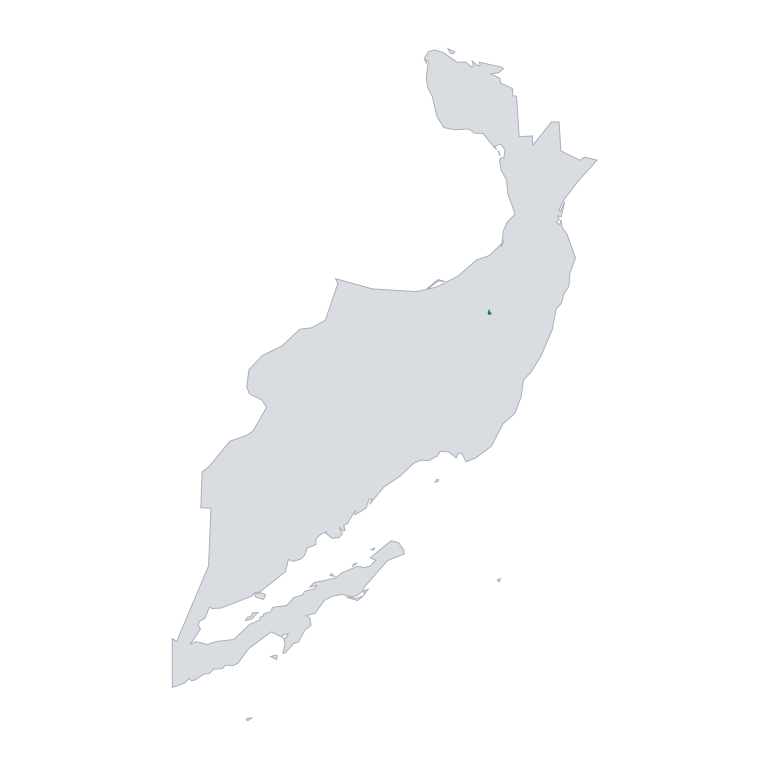 Chicoloapan, México, Mexico shown in context, rotated 269°
{"feature_id": "50627088B10015093996053", "entity_name": "Chicoloapan", "entity_type": "district", "adm_level": 2, "iso_a3": "MEX", "parent_name": "Mexico", "parent_adm1": "México", "projection": "albers", "projection_center": [-98.886, 19.397], "detail": "fine", "context": "in_parent", "style": "filled", "palette": "green", "viewbox_px": 768, "rotation_deg": 269, "n_neighbors": 0, "source": "geoboundaries", "source_scale": "gbopen_adm2", "svg_char_len": 4469}
<svg xmlns="http://www.w3.org/2000/svg" viewBox="0 0 768 768"><g transform="rotate(269 384 384)"><path d="M84.3,167.1L133.1,167.8L130.4,172.3L205.2,205.4L262.8,208.9L263.5,198.7L299.2,200.6L305.1,208.2L329.5,228.9L335.0,245.8L339.4,252.4L362.7,266.2L370.3,261.5L376.4,249.3L383.5,246.7L400.6,249.2L414.6,263.0L423.9,282.8L440.3,300.9L441.3,312.2L448.6,326.4L485.2,339.6L490.1,337.4L479.3,374.0L475.8,417.9L477.6,427.3L487.4,439.8L485.5,446.7L486.0,439.8L477.8,429.1L480.4,439.0L490.4,459.6L506.7,479.2L510.5,491.4L522.0,503.8L518.9,503.5L525.4,506.4L523.3,504.6L535.2,506.0L543.8,510.1L551.5,518.1L571.5,511.3L586.2,510.0L595.9,504.8L606.2,503.4L608.3,505.2L607.7,507.8L616.1,509.1L621.7,504.9L619.9,498.6L617.2,500.2L617.9,498.9L632.7,487.4L633.3,478.6L637.5,473.3L637.0,459.1L639.3,448.3L650.6,441.6L670.9,437.2L679.6,433.0L689.5,431.6L706.2,434.2L707.4,431.8L703.1,432.0L708.6,430.0L715.5,434.2L717.1,440.4L714.3,449.1L704.4,462.8L704.5,471.4L699.4,477.0L700.5,478.9L705.3,477.9L700.5,483.6L700.7,485.8L704.1,484.9L698.8,507.0L697.2,509.0L693.4,504.4L692.1,496.3L687.8,505.0L682.8,505.9L677.2,517.5L669.9,517.8L669.5,521.5L628.9,523.5L629.4,536.6L620.1,537.0L643.2,556.1L642.9,563.6L614.0,564.9L604.2,583.9L607.3,588.4L604.1,600.9L582.3,580.6L565.0,567.0L554.6,561.9L553.4,563.3L563.1,567.9L548.2,564.0L549.1,560.6L545.2,562.1L542.7,559.1L540.1,562.4L545.1,563.9L537.6,564.8L530.2,569.7L506.8,577.6L491.6,571.8L478.7,570.6L470.1,565.0L461.5,562.8L456.1,557.4L435.3,553.1L409.5,541.6L392.9,530.9L385.9,523.6L368.6,520.8L352.3,514.3L342.2,502.3L319.9,490.3L308.5,474.3L304.8,464.6L313.9,460.4L312.6,456.3L308.7,454.9L314.9,447.8L315.8,439.2L311.1,436.0L306.7,427.2L307.1,419.3L304.2,412.2L291.6,398.4L280.9,382.0L263.9,367.4L268.8,370.2L269.3,367.2L260.1,363.8L253.7,352.6L258.5,353.2L245.2,345.1L243.5,341.4L238.3,342.5L237.6,340.8L241.7,336.8L234.9,339.7L231.1,336.3L230.7,329.2L235.8,323.2L237.5,324.5L234.5,317.8L230.5,313.4L224.7,313.2L221.3,304.3L214.5,301.9L210.5,298.0L208.2,290.1L210.3,285.4L198.1,282.2L178.3,256.4L177.5,250.6L174.4,248.5L162.9,217.6L162.4,208.5L164.1,205.6L152.7,200.8L150.3,195.8L146.6,193.8L142.3,196.2L127.2,185.9L129.6,191.9L126.7,202.8L129.5,212.1L131.1,229.3L146.1,245.7L150.5,256.3L153.0,256.0L154.0,259.2L156.3,259.7L158.1,266.5L162.6,268.9L164.3,282.9L172.2,290.5L174.4,298.5L178.2,301.3L180.4,310.7L183.7,313.3L182.2,306.2L186.6,310.5L190.9,332.2L195.9,338.7L202.3,354.4L200.8,360.8L202.0,366.7L207.9,372.7L210.5,367.2L227.2,388.4L225.1,395.8L217.7,400.9L213.8,401.3L207.2,384.2L180.6,360.2L178.0,360.3L172.8,353.0L172.0,348.2L174.3,338.0L172.5,328.0L168.8,320.7L156.0,311.0L153.8,302.4L151.1,305.8L144.1,306.8L139.5,300.7L127.4,293.8L125.9,288.7L117.1,280.9L116.4,278.3L126.0,280.6L131.8,279.0L131.5,281.3L136.2,284.0L134.8,278.2L132.6,277.7L138.1,266.8L121.7,243.9L107.4,233.2L105.1,228.3L105.7,220.4L102.3,217.5L101.8,208.5L97.4,204.3L97.2,198.9L91.4,190.0L90.6,186.1L92.9,183.6L88.6,179.8L84.3,167.1ZM177.4,256.6L175.5,261.9L170.7,259.8L173.2,251.7L176.2,251.1L177.4,256.6ZM157.8,254.0L151.3,247.6L149.9,241.3L153.3,243.6L153.9,247.1L157.4,248.2L157.8,254.0ZM714.8,460.4L712.9,458.7L713.6,456.1L718.2,453.7L714.8,460.4ZM172.6,359.8L167.9,353.8L171.7,342.5L170.2,352.7L172.6,359.8ZM114.1,272.8L110.4,271.7L113.5,265.9L114.8,270.5L114.1,272.8ZM52.6,246.3L49.8,242.0L50.7,240.4L51.8,240.6L52.6,246.3ZM176.8,360.3L179.6,365.0L173.5,360.2L176.8,360.3ZM287.8,435.3L287.1,437.1L285.5,436.3L285.0,433.1L287.8,435.3ZM204.5,350.5L205.4,354.1L202.3,349.5L204.5,350.5ZM193.7,326.5L195.4,328.2L192.4,331.2L193.7,326.5ZM187.5,496.6L186.1,497.0L184.2,495.5L186.0,493.7L187.5,496.6ZM613.2,503.3L609.7,504.2L615.8,502.0L613.2,503.3ZM220.2,371.6L218.4,371.1L218.4,367.7L220.2,371.6Z" fill="#d9dde1" stroke="#a8b0b8" stroke-width="1"/><path d="M455.2,490.4L454.9,490.3L454.7,490.2L454.4,490.1L454.2,490.1L453.9,490.1L453.7,489.9L453.5,489.7L453.4,489.7L453.3,489.8L453.2,489.8L452.9,489.9L452.9,490.0L452.9,489.9L452.7,489.9L452.7,490.0L452.7,489.9L452.4,489.9L452.4,490.0L452.4,490.3L452.5,490.3L452.5,490.2L452.5,490.3L452.4,490.3L452.3,490.5L452.2,490.5L452.2,490.8L452.3,490.7L452.5,490.5L452.5,490.4L452.7,490.5L452.8,490.5L453.0,490.6L453.1,490.8L453.1,491.0L453.0,491.3L453.0,491.5L453.1,491.4L453.2,491.2L453.3,491.2L453.5,490.9L453.5,490.7L453.6,490.8L453.8,490.8L454.0,490.8L454.1,490.7L454.3,490.6L454.5,490.5L454.8,490.4L454.9,490.5L455.0,490.5L455.2,490.4L455.2,490.4Z" fill="#22c55e" stroke="#15803d" stroke-width="1.5"/></g></svg>